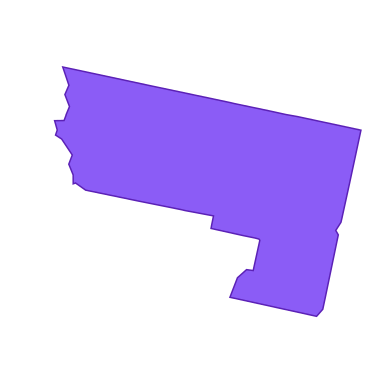 the district of Orange, Florida, United States of America, rotated 192°
{"feature_id": "52423323B94983475607099", "entity_name": "Orange", "entity_type": "district", "adm_level": 2, "iso_a3": "USA", "parent_name": "United States of America", "parent_adm1": "Florida", "projection": "orthographic", "projection_center": [-81.268, 28.566], "detail": "fine", "context": "isolated", "style": "filled", "palette": "violet", "viewbox_px": 384, "rotation_deg": 192, "n_neighbors": 0, "source": "geoboundaries", "source_scale": "gbopen_adm2", "svg_char_len": 758}
<svg xmlns="http://www.w3.org/2000/svg" viewBox="0 0 384 384"><g transform="rotate(192 192 192)"><path d="M133.0,96.9L44.3,96.3L39.7,104.5L39.7,116.1L40.0,180.5L43.4,184.3L40.0,193.3L39.9,197.7L39.9,200.7L39.7,232.2L39.6,287.6L104.7,287.7L116.2,287.3L130.7,287.4L169.1,287.3L173.0,287.4L255.5,287.3L344.4,287.4L334.6,270.8L336.6,260.9L329.6,250.1L331.2,241.5L331.1,241.4L332.0,235.3L341.2,233.2L336.7,224.6L337.3,219.3L330.5,216.7L316.8,203.3L318.3,193.6L311.8,184.0L309.9,175.3L307.8,176.6L296.4,171.7L242.2,172.0L197.9,172.5L195.1,172.4L183.6,172.7L166.0,173.1L165.9,163.4L165.8,160.3L132.6,160.0L121.1,160.1L116.8,159.9L115.6,158.9L115.7,145.8L115.8,127.9L122.5,127.4L129.7,117.6L133.0,96.9Z" fill="#8b5cf6" stroke="#5b21b6" stroke-width="1.5"/></g></svg>